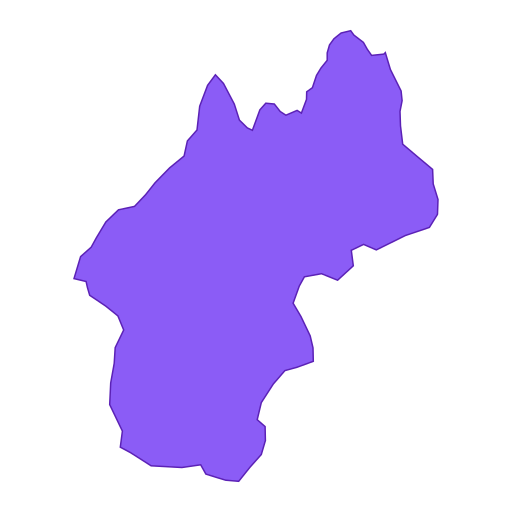 the district of Kato Akourdaleia, Paphos, Cyprus
{"feature_id": "46923920B67366581687335", "entity_name": "Kato Akourdaleia", "entity_type": "district", "adm_level": 2, "iso_a3": "CYP", "parent_name": "Cyprus", "parent_adm1": "Paphos", "projection": "albers", "projection_center": [32.457, 34.959], "detail": "fine", "context": "isolated", "style": "filled", "palette": "violet", "viewbox_px": 512, "rotation_deg": 0, "n_neighbors": 0, "source": "geoboundaries", "source_scale": "gbopen_adm2", "svg_char_len": 1351}
<svg xmlns="http://www.w3.org/2000/svg" viewBox="0 0 512 512"><path d="M265.8,103.2L259.9,109.8L252.4,130.3L247.3,127.9L239.4,120.1L234.3,104.1L223.5,83.5L215.4,74.8L207.6,85.3L199.7,106.2L197.0,130.0L187.4,140.9L184.1,156.0L169.7,167.8L155.2,182.6L145.6,194.7L134.5,206.4L118.5,209.8L105.9,221.9L96.3,237.9L91.2,247.2L80.6,256.6L74.0,278.6L86.1,281.5L87.4,287.4L89.7,295.3L105.6,306.0L117.9,315.9L123.7,330.0L115.2,347.6L114.2,363.4L110.7,383.0L109.7,404.6L122.4,431.1L120.3,447.2L130.6,452.7L151.1,465.8L181.9,467.5L200.7,464.8L205.9,474.1L216.8,477.5L225.7,480.2L238.7,481.3L245.5,472.8L250.0,467.2L261.3,454.5L265.2,441.2L265.4,440.7L265.1,426.6L257.2,419.7L261.3,402.6L273.3,384.0L284.9,370.6L297.2,367.2L313.3,361.3L313.0,347.9L310.2,335.9L301.0,316.6L293.1,303.2L299.3,286.0L304.4,276.8L321.5,273.7L337.6,280.2L353.3,265.8L351.3,250.3L363.6,244.4L376.3,249.9L405.4,235.5L429.4,227.4L437.4,214.5L437.5,213.8L438.0,199.5L433.2,183.9L432.6,169.4L416.6,156.0L402.7,144.2L400.5,125.9L400.0,111.4L402.1,100.7L401.1,91.0L390.4,69.5L385.3,52.6L383.9,54.1L371.6,55.4L367.3,49.3L363.4,42.4L353.9,35.1L350.7,30.7L341.1,33.0L334.0,38.7L329.5,44.9L327.2,52.9L327.2,60.3L321.0,68.0L316.5,75.4L312.4,87.7L306.7,91.8L306.5,99.4L301.4,113.1L297.1,110.4L285.9,115.2L280.2,111.5L274.3,104.0L265.8,103.2Z" fill="#8b5cf6" stroke="#5b21b6" stroke-width="1.5"/></svg>